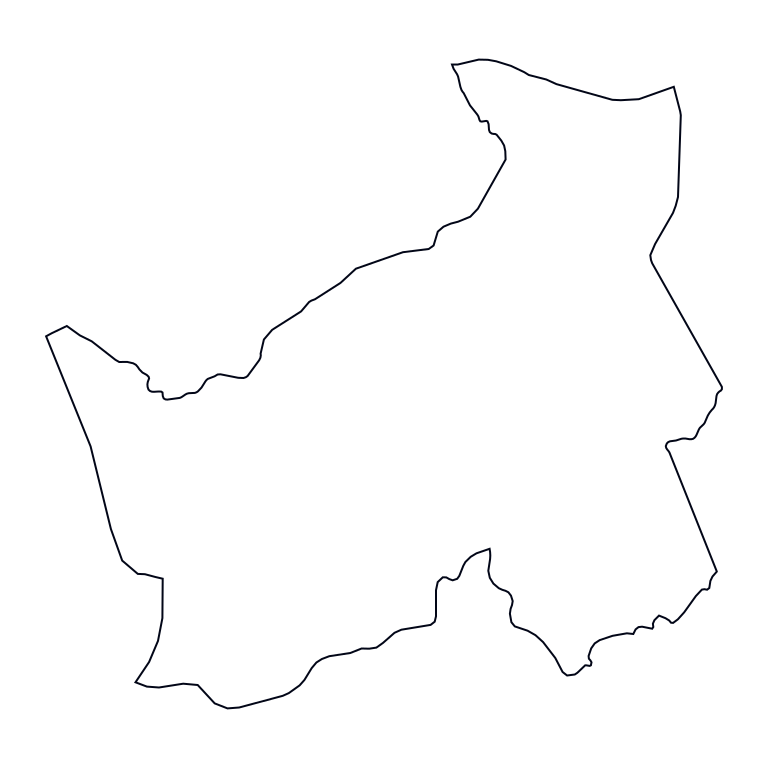 outline of Logone Oriental
{"feature_id": "TCD-1485", "entity_name": "Logone Oriental", "entity_type": "Prefecture", "adm_level": 1, "iso_a3": "TCD", "parent_name": "Chad", "parent_adm1": "", "projection": "natural_earth1", "projection_center": [16.421, 8.298], "detail": "fine", "context": "isolated", "style": "outline", "palette": "ink", "viewbox_px": 768, "rotation_deg": 0, "n_neighbors": 0, "source": "natural_earth", "source_scale": "10m", "svg_char_len": 3329}
<svg xmlns="http://www.w3.org/2000/svg" viewBox="0 0 768 768"><path d="M716.8,571.6L712.5,576.5L710.4,580.9L709.3,588.0L707.1,589.7L704.4,589.2L701.9,589.6L695.9,596.0L684.2,612.3L677.9,619.3L673.1,622.9L671.0,622.7L669.2,620.5L665.5,618.2L659.0,615.6L654.4,620.2L652.9,623.7L653.3,627.0L652.2,628.7L642.1,626.7L638.5,627.1L635.6,629.4L633.3,634.0L626.9,633.3L612.6,635.8L599.7,640.1L594.7,643.4L591.2,648.4L588.6,656.0L588.9,658.7L590.4,660.4L591.5,662.3L590.9,665.3L589.7,665.9L586.1,665.3L585.2,665.3L578.0,672.2L577.2,672.9L574.8,674.5L567.1,675.5L562.6,672.0L555.3,658.0L543.1,642.1L535.5,635.2L527.6,630.7L514.8,626.4L511.4,622.2L509.9,613.7L510.6,608.9L512.0,605.1L512.7,601.1L511.0,595.7L508.4,592.3L505.5,590.8L502.3,589.8L498.8,588.2L493.4,583.6L489.8,577.8L488.3,570.8L490.1,559.0L490.3,555.5L490.1,552.0L489.6,548.8L476.5,553.3L470.7,556.8L465.4,562.0L463.3,565.8L459.3,575.9L457.2,578.8L452.7,580.3L449.3,579.1L446.3,577.4L442.8,577.3L437.7,582.1L436.0,590.2L436.0,616.3L434.7,621.7L430.6,624.9L401.4,629.7L394.5,632.8L383.0,642.9L376.4,647.6L369.2,648.7L361.6,648.5L350.3,653.0L329.3,656.2L321.9,659.0L316.4,662.5L311.7,668.1L304.4,680.0L299.6,685.4L288.8,693.1L282.8,695.8L239.2,707.5L227.5,708.4L214.7,703.4L197.7,685.0L183.2,683.7L159.0,687.5L146.9,686.6L135.5,682.3L149.1,662.0L158.0,640.9L162.4,618.1L162.7,578.7L155.4,577.0L144.9,574.2L137.8,573.9L122.2,560.6L110.9,529.0L90.6,446.4L46.1,336.3L51.8,333.2L66.8,326.0L79.9,335.4L91.7,341.3L115.4,359.8L119.2,362.0L127.1,361.9L133.2,363.3L135.9,364.8L137.8,367.0L139.4,369.4L142.4,372.5L146.7,374.9L148.6,376.7L149.1,378.4L147.8,381.9L147.4,384.3L147.6,386.9L148.5,389.6L150.0,391.0L151.9,391.7L154.0,391.8L158.6,391.5L161.2,391.6L162.5,392.5L162.8,396.1L163.7,398.4L165.4,399.4L167.3,399.6L179.8,397.9L181.2,397.3L182.5,396.5L185.4,394.5L186.9,393.7L188.8,393.2L194.9,392.9L196.5,392.3L197.9,391.4L201.5,387.6L205.4,381.4L206.5,380.0L207.8,378.9L214.6,376.3L217.6,374.5L220.5,374.3L238.2,377.8L243.5,378.0L245.9,377.2L247.6,376.0L259.2,360.2L260.4,357.7L260.8,355.3L260.6,353.7L263.9,339.5L272.2,329.8L301.1,311.4L309.1,302.0L311.4,300.6L314.9,299.3L340.5,282.9L355.9,268.7L403.0,252.2L428.7,249.0L433.6,245.5L437.8,231.6L443.5,226.7L450.8,223.6L458.1,221.7L470.3,216.7L477.9,208.7L505.6,159.5L505.3,151.2L504.1,145.5L501.3,140.6L496.6,134.7L495.2,134.0L493.4,133.9L491.6,133.5L489.8,132.1L489.0,129.9L488.6,124.1L487.5,121.3L486.2,120.9L481.8,121.6L480.3,121.3L479.5,120.0L478.4,116.4L477.3,114.6L470.0,105.4L463.7,93.1L462.6,91.8L461.5,90.0L460.4,86.9L458.1,76.6L457.1,74.3L453.6,68.8L452.0,64.5L457.9,64.5L478.7,59.6L487.9,59.8L496.2,61.3L511.0,65.9L524.3,72.2L528.8,75.0L546.3,79.5L556.4,84.1L612.3,99.8L620.9,100.2L638.8,99.2L673.8,86.8L680.2,111.5L680.8,115.2L678.0,197.0L675.7,205.8L673.0,212.9L655.1,244.0L650.3,255.2L651.0,260.0L652.2,263.3L721.9,386.9L721.9,389.2L720.9,390.6L719.5,391.4L718.2,392.6L717.1,394.1L716.5,396.0L715.6,403.2L715.0,405.3L714.2,407.0L713.2,408.5L711.9,409.8L709.7,412.5L707.8,415.6L704.7,422.8L703.7,424.2L699.9,427.8L698.9,429.4L696.6,434.7L695.7,436.4L694.5,437.8L693.1,438.8L691.4,439.2L689.4,439.2L685.3,438.5L683.2,438.5L681.3,438.8L676.0,440.5L670.0,441.3L668.2,442.1L666.8,443.5L665.8,446.1L666.2,447.9L667.2,449.5L668.3,450.8L669.4,452.4L716.8,571.5L716.8,571.6Z" fill="none" stroke="#020617" stroke-width="2"/></svg>